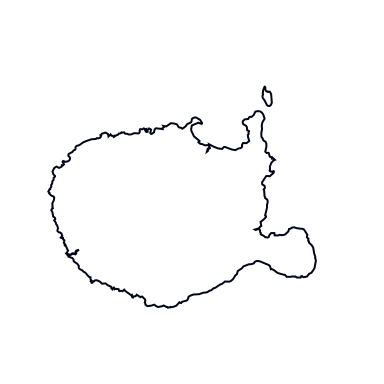 Vanua Lava, Torba, Vanuatu, rotated 287°
{"feature_id": "77236927B4251587034950", "entity_name": "Vanua Lava", "entity_type": "district", "adm_level": 2, "iso_a3": "VUT", "parent_name": "Vanuatu", "parent_adm1": "Torba", "projection": "mercator", "projection_center": [167.507, -13.839], "detail": "fine", "context": "isolated", "style": "outline", "palette": "ink", "viewbox_px": 384, "rotation_deg": 287, "n_neighbors": 0, "source": "geoboundaries", "source_scale": "gbopen_adm2", "svg_char_len": 5950}
<svg xmlns="http://www.w3.org/2000/svg" viewBox="0 0 384 384"><g transform="rotate(287 192 192)"><path d="M99.6,90.6L96.4,89.8L96.4,94.2L98.1,95.2L98.7,96.2L98.9,98.6L101.0,98.1L102.1,98.4L103.7,100.8L102.2,99.6L101.8,98.8L99.3,99.2L98.3,98.8L98.2,96.3L95.9,93.9L95.9,90.6L94.0,93.0L93.9,96.8L92.9,98.3L91.1,99.2L89.7,103.5L88.2,105.4L86.3,105.9L85.6,106.7L84.9,110.1L84.1,111.5L83.7,113.5L80.8,118.1L80.7,119.9L79.2,120.3L78.3,121.2L77.1,121.1L76.9,121.5L77.3,122.0L75.8,122.5L76.0,123.2L77.7,123.6L77.6,124.2L79.1,125.0L79.8,126.9L79.4,130.0L78.0,132.8L79.2,135.8L79.2,136.7L78.3,138.3L77.7,142.4L76.2,143.1L75.6,144.5L77.5,144.8L77.8,145.2L76.5,146.5L77.0,146.8L77.6,150.2L76.1,151.2L76.0,151.7L76.9,153.4L76.8,154.6L78.8,155.7L77.8,157.2L76.0,162.5L75.7,163.7L76.1,164.6L74.5,165.0L73.8,165.8L73.8,166.4L75.1,166.7L75.8,168.5L77.6,169.2L76.3,173.5L77.2,174.2L77.4,175.0L75.6,178.4L74.7,179.1L72.5,179.1L72.2,179.7L70.6,180.5L70.0,182.0L70.0,183.2L71.5,186.4L73.2,188.9L72.3,191.2L72.1,193.2L74.2,197.1L75.2,198.1L74.6,201.3L74.8,202.0L74.3,202.9L75.7,204.8L75.4,205.2L77.1,208.3L78.8,210.3L82.9,212.2L82.5,213.6L82.7,214.1L84.1,214.6L86.6,218.6L87.8,219.3L90.9,219.4L92.4,220.7L94.3,223.2L96.5,229.0L98.8,231.9L100.4,235.6L102.9,237.8L103.6,239.1L106.3,240.8L107.1,242.2L112.0,246.2L112.8,247.5L116.0,249.7L117.3,254.1L118.1,255.1L120.6,256.7L124.8,257.8L126.5,258.9L129.8,258.9L133.6,262.0L135.9,262.9L139.4,267.4L140.3,269.7L141.8,272.0L143.6,272.5L144.7,273.6L145.4,275.5L145.5,277.7L144.6,286.7L144.1,288.1L141.2,290.1L141.6,290.8L141.4,292.7L139.6,297.6L139.7,304.2L140.0,305.0L138.6,307.3L139.5,310.6L140.7,312.9L140.9,314.4L141.4,315.3L140.9,317.4L141.9,320.8L142.8,321.2L143.2,321.0L143.8,321.8L143.2,322.9L143.2,323.8L144.8,326.7L148.0,327.9L149.6,329.8L154.8,331.4L162.3,330.6L164.2,329.7L164.8,329.0L166.2,328.8L168.9,326.8L174.2,324.2L176.0,322.2L177.8,318.7L179.0,318.2L179.1,317.6L180.0,317.1L181.2,317.1L182.3,315.1L184.8,314.8L188.8,310.2L189.1,308.8L188.0,302.8L188.1,300.1L187.3,298.2L185.5,296.7L185.0,295.6L182.6,295.7L179.1,293.8L177.9,292.6L176.9,290.3L176.7,288.5L175.6,287.1L174.7,283.7L176.8,282.8L175.9,279.7L173.4,278.6L171.4,278.5L170.6,277.7L170.2,275.2L171.1,273.3L171.6,270.2L173.0,269.7L173.5,268.9L175.4,268.2L176.1,267.0L175.5,265.4L174.3,264.2L174.5,263.1L177.1,266.9L178.6,267.2L179.8,268.2L183.4,266.3L187.0,268.8L189.8,270.1L190.5,269.8L190.9,268.8L199.1,268.3L201.5,267.5L204.0,267.4L205.8,266.9L206.8,266.0L207.5,263.8L208.4,263.6L209.2,262.6L214.7,260.5L215.4,259.8L217.1,260.5L217.8,260.3L219.2,259.5L219.7,257.2L220.2,256.7L221.9,256.2L228.8,258.3L229.4,259.5L229.8,261.8L234.1,264.4L235.7,264.3L235.8,263.9L234.6,263.2L235.1,262.7L234.5,261.2L235.0,260.0L236.5,260.0L239.2,259.0L243.3,259.4L246.2,260.9L247.0,261.9L247.9,260.0L247.2,258.8L247.4,258.6L248.0,259.1L248.8,258.2L248.4,257.4L248.6,256.0L251.6,254.1L251.8,253.5L251.1,251.9L252.0,250.3L257.6,249.8L260.3,248.8L261.6,247.5L262.2,245.2L263.9,243.9L264.6,242.8L265.2,242.2L268.8,241.0L272.7,240.6L275.3,239.5L277.8,239.0L279.9,239.1L283.3,240.0L286.9,237.5L288.3,235.7L289.0,233.8L288.6,231.3L287.4,229.1L283.8,228.5L281.3,227.1L280.9,225.6L280.2,224.9L278.2,224.3L276.8,221.1L274.5,219.9L273.2,220.2L271.9,221.2L271.1,224.3L270.1,225.5L267.2,226.7L267.0,228.5L266.7,228.8L265.2,228.7L264.2,229.2L262.7,228.8L261.3,229.3L257.5,231.8L254.7,229.9L253.7,226.4L251.3,226.1L250.3,226.6L249.0,226.4L248.0,225.4L247.3,223.8L244.7,221.2L244.3,217.6L244.7,210.3L244.3,209.3L242.0,208.2L241.3,204.3L241.6,200.0L242.6,194.6L241.7,195.3L240.4,195.3L239.1,196.3L238.0,195.2L235.6,195.1L234.8,194.5L238.1,194.4L239.5,195.6L241.5,194.6L241.7,193.9L240.4,190.8L240.8,187.8L240.5,186.0L240.8,185.0L241.8,184.4L240.8,183.2L243.0,184.2L245.8,177.6L250.3,173.5L251.9,172.8L255.6,172.4L260.1,177.8L259.9,181.3L260.9,181.5L263.4,178.6L264.4,174.3L264.3,173.4L263.6,172.0L262.5,171.0L261.8,170.6L259.2,170.9L258.3,170.6L255.4,167.5L252.9,166.7L249.7,164.3L250.2,162.8L250.0,160.5L252.3,157.8L252.2,154.5L251.6,151.7L247.2,148.2L246.8,145.3L246.0,146.3L244.2,145.0L243.6,145.5L242.4,138.9L241.1,138.0L237.9,138.2L235.9,136.6L235.6,136.0L236.1,134.9L239.7,134.6L240.2,132.3L238.1,131.3L236.6,132.0L236.2,131.4L236.0,130.8L236.8,129.7L238.7,129.6L238.0,128.7L238.6,128.4L238.7,127.2L237.5,126.3L236.9,124.0L235.5,123.9L234.3,124.5L232.9,124.2L232.3,123.6L231.4,119.6L229.4,117.1L228.5,114.9L228.7,113.2L228.2,111.0L229.2,109.6L228.4,108.3L228.4,107.1L227.4,106.8L226.4,104.9L225.3,104.5L223.7,102.8L223.4,101.8L222.6,101.8L221.7,101.1L222.6,100.0L222.3,98.5L223.3,97.3L220.7,95.9L222.8,94.8L223.5,92.3L223.3,91.5L221.4,88.8L219.7,88.2L218.7,89.3L219.0,88.1L217.8,88.6L217.1,88.3L215.9,86.8L215.7,85.3L214.6,84.5L213.1,80.6L209.6,75.7L207.5,73.3L203.9,70.6L202.4,68.2L200.8,67.5L199.4,68.0L198.3,67.9L197.0,66.5L195.4,66.0L192.5,63.1L191.7,62.9L190.5,63.1L189.5,64.9L188.7,65.5L187.0,65.6L186.0,65.2L184.7,63.9L183.5,61.2L184.0,60.9L184.0,59.7L182.9,59.4L181.0,61.5L179.8,60.9L179.6,59.7L178.4,60.0L177.8,59.7L176.2,57.8L176.7,55.0L174.8,53.3L170.9,52.6L168.3,54.4L167.4,56.2L166.8,56.5L165.1,55.6L162.9,56.0L161.5,55.3L159.2,55.8L157.4,55.3L156.0,55.9L153.9,55.4L153.2,55.6L152.8,54.9L150.3,54.5L149.7,55.8L149.0,55.7L147.5,58.3L147.2,60.9L146.4,61.9L143.9,62.3L140.2,61.8L137.8,62.8L137.0,62.7L135.8,63.7L134.5,62.8L133.4,62.8L131.9,64.4L127.9,66.5L127.4,68.2L126.5,68.9L126.0,69.2L124.6,68.5L122.8,70.8L121.6,71.4L120.6,72.8L119.1,73.9L117.9,74.5L116.1,74.5L115.2,74.9L114.5,76.5L114.7,78.0L114.1,79.3L112.1,80.8L110.0,79.8L109.7,80.4L110.3,82.1L108.9,82.7L108.6,83.9L108.2,84.2L105.9,84.3L104.9,85.9L103.8,85.8L103.6,86.2L104.0,86.7L99.6,90.6ZM313.3,231.6L314.0,230.8L313.8,230.6L310.2,230.3L306.7,230.9L306.0,231.5L304.4,231.3L302.7,232.1L300.7,234.8L297.2,238.0L296.6,239.5L296.8,240.9L298.2,242.0L300.8,242.2L308.9,239.0L310.7,237.0L310.1,235.9L310.3,235.0L309.8,234.6L310.2,233.3L311.4,232.2L313.3,231.6Z" fill="none" stroke="#020617" stroke-width="2"/></g></svg>